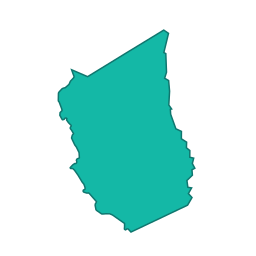 Effingham, Georgia, United States of America (Mercator projection), rotated 189°
{"feature_id": "52423323B28526478136706", "entity_name": "Effingham", "entity_type": "district", "adm_level": 2, "iso_a3": "USA", "parent_name": "United States of America", "parent_adm1": "Georgia", "projection": "mercator", "projection_center": [-81.266, 32.346], "detail": "fine", "context": "isolated", "style": "filled", "palette": "teal", "viewbox_px": 256, "rotation_deg": 189, "n_neighbors": 0, "source": "geoboundaries", "source_scale": "gbopen_adm2", "svg_char_len": 1803}
<svg xmlns="http://www.w3.org/2000/svg" viewBox="0 0 256 256"><g transform="rotate(189 128 128)"><path d="M108.8,25.7L57.1,61.1L53.9,69.3L58.1,72.7L55.8,78.8L59.6,78.8L61.6,85.4L57.0,91.5L58.3,96.7L55.7,98.7L58.9,103.0L58.4,108.5L62.4,108.8L63.4,115.4L67.2,117.6L67.9,123.2L73.6,125.7L74.7,133.0L80.6,134.7L88.0,148.2L89.1,153.1L87.9,153.6L91.3,157.1L92.7,170.9L95.3,181.2L99.6,182.9L98.7,189.1L102.3,207.4L104.4,208.1L102.8,227.8L108.0,230.3L141.3,202.0L175.9,172.4L192.8,176.7L190.4,172.3L189.5,170.8L189.3,169.8L189.7,168.9L192.2,165.2L193.1,161.8L196.3,158.0L198.2,157.2L199.2,156.5L201.5,153.2L202.1,151.9L202.1,151.1L201.2,144.6L201.0,143.8L200.6,143.3L200.1,143.0L196.6,136.8L195.9,135.3L196.1,134.5L197.5,132.6L197.3,129.9L194.8,126.6L194.2,126.0L193.7,125.9L192.4,126.6L192.1,127.4L191.9,127.7L191.4,128.0L190.9,128.1L190.5,128.1L190.2,128.0L189.9,127.8L189.8,127.5L189.9,126.8L189.9,126.3L187.6,123.9L184.6,121.7L184.4,121.1L184.5,120.7L184.9,120.0L185.1,119.2L184.9,118.4L183.5,117.1L181.1,114.2L180.9,113.9L181.9,112.2L182.2,109.3L180.9,107.3L177.9,102.9L176.1,101.2L172.5,96.1L171.4,91.1L171.8,90.5L172.7,90.0L173.4,89.5L173.8,88.9L173.9,88.3L173.9,87.8L173.5,87.2L173.3,86.5L173.3,85.8L173.5,85.2L174.0,84.7L175.2,84.5L176.9,82.8L178.7,80.1L178.9,79.6L178.4,79.1L178.0,79.0L176.9,79.3L176.1,79.2L174.3,78.0L170.0,73.6L164.8,67.4L162.7,65.5L161.1,62.4L160.9,61.2L161.0,60.7L161.6,60.2L162.3,59.8L162.5,59.2L162.3,58.2L161.5,57.7L158.7,57.3L157.7,57.4L157.1,57.7L156.0,57.3L147.6,50.3L147.9,49.0L148.4,48.0L148.4,46.7L148.3,46.3L146.9,42.4L146.2,41.7L140.8,39.1L140.4,39.0L139.5,39.1L136.6,39.8L132.6,40.4L129.8,39.7L116.5,33.2L116.0,30.3L115.8,27.9L115.6,27.4L114.9,27.1L114.4,27.0L113.3,28.2L112.3,28.3L111.7,28.0L108.8,25.7Z" fill="#14b8a6" stroke="#0f766e" stroke-width="1.5"/></g></svg>